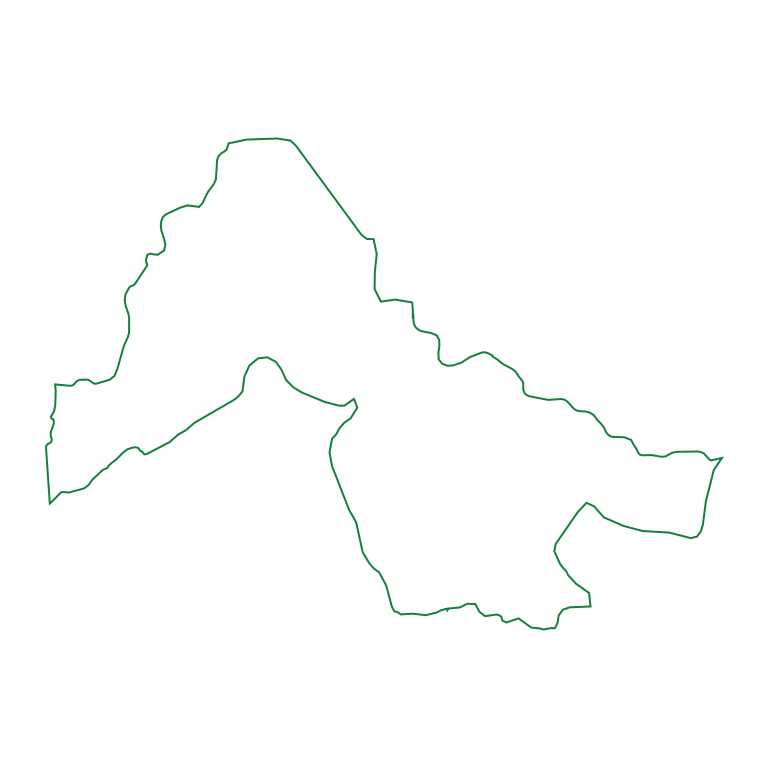 the State of Kwara
{"feature_id": "NGA-2849", "entity_name": "Kwara", "entity_type": "State", "adm_level": 1, "iso_a3": "NGA", "parent_name": "Nigeria", "parent_adm1": "", "projection": "natural_earth1", "projection_center": [4.317, 9.059], "detail": "fine", "context": "isolated", "style": "outline", "palette": "green", "viewbox_px": 768, "rotation_deg": 0, "n_neighbors": 0, "source": "natural_earth", "source_scale": "10m", "svg_char_len": 3542}
<svg xmlns="http://www.w3.org/2000/svg" viewBox="0 0 768 768"><path d="M199.1,206.9L202.5,203.2L207.6,192.5L213.9,183.9L215.9,179.4L217.1,160.2L218.3,156.6L221.3,153.2L224.1,151.7L226.6,149.6L228.3,144.7L228.5,143.4L229.5,143.2L246.4,139.6L277.3,138.5L290.6,140.6L296.0,145.8L361.0,234.2L363.9,236.8L367.0,239.0L373.6,239.1L376.7,254.2L374.8,272.3L374.6,289.1L380.9,301.6L395.2,299.6L412.0,302.4L412.4,303.9L412.9,312.4L412.7,316.8L412.9,316.7L413.1,316.6L413.3,316.3L413.4,320.5L414.1,324.2L415.7,327.4L418.6,329.8L421.7,331.2L431.4,333.1L436.8,335.4L439.2,340.0L439.4,346.0L438.4,352.6L438.7,359.4L442.3,363.8L447.7,365.8L453.6,365.3L461.4,362.6L470.1,357.0L482.6,352.3L485.2,352.3L487.8,353.1L492.6,355.6L492.8,356.8L496.2,358.7L502.7,363.8L512.9,369.4L515.7,371.8L519.0,376.8L522.3,380.8L523.2,383.2L523.3,385.5L523.2,387.9L523.4,390.5L524.8,393.5L527.2,395.4L530.0,396.4L548.4,399.9L561.4,399.0L564.2,399.6L566.6,401.0L568.6,402.9L572.2,407.0L574.4,409.2L576.8,410.5L579.4,411.1L585.4,411.5L588.1,412.1L590.7,413.1L593.3,414.8L594.4,415.9L597.0,419.7L601.1,423.8L602.8,426.0L604.3,428.3L606.2,432.3L606.9,433.4L609.4,435.7L612.4,436.9L623.6,437.2L625.1,437.5L629.4,439.4L631.0,439.7L633.5,444.5L636.3,448.8L638.4,452.9L639.6,454.4L641.9,455.3L652.2,455.1L660.7,456.7L663.6,456.7L665.9,456.2L672.0,452.8L676.8,451.8L698.0,451.5L701.0,452.1L703.9,453.4L709.7,459.8L711.2,460.4L721.9,458.0L713.7,470.2L705.9,501.4L702.9,524.5L701.0,531.1L697.0,536.6L690.6,538.1L669.3,532.6L642.5,531.0L623.4,525.9L603.9,517.4L594.1,506.4L586.5,502.8L577.9,511.9L555.8,543.8L554.3,551.2L560.1,564.0L563.0,567.9L566.3,571.3L568.3,575.4L576.1,583.8L589.1,593.0L590.5,606.5L569.8,607.3L562.8,609.7L558.7,615.4L557.6,622.6L555.2,627.9L553.5,628.5L551.9,627.9L543.7,629.5L539.0,628.3L531.3,627.6L518.5,618.4L506.4,622.5L502.4,620.6L501.4,616.8L499.1,615.2L496.3,614.5L485.2,616.2L479.4,611.8L475.3,604.0L467.2,603.8L459.6,607.5L448.7,608.5L447.4,610.2L447.1,608.7L441.7,610.0L436.7,612.5L425.8,615.2L413.2,613.7L400.7,614.4L397.5,612.1L394.3,611.3L391.9,606.7L386.2,585.5L379.2,572.4L374.1,568.7L369.7,563.9L362.7,552.2L356.1,522.1L349.2,510.1L332.1,466.2L329.5,452.5L332.0,438.9L336.3,434.1L339.4,428.4L344.3,422.7L350.6,418.4L357.3,407.6L353.9,398.9L344.5,405.6L339.1,405.7L324.9,402.0L302.0,392.6L293.4,387.4L286.1,380.0L281.7,370.1L276.1,362.0L267.3,357.3L258.0,358.4L249.3,365.7L244.4,376.6L242.5,391.3L238.8,396.0L234.3,399.7L194.5,422.8L186.1,430.1L178.3,434.5L169.6,442.1L146.8,454.0L144.3,454.4L142.3,451.8L140.0,450.5L138.4,448.0L135.2,447.2L132.2,447.7L127.7,449.2L123.6,452.1L115.6,460.1L111.8,462.8L108.8,465.6L107.3,467.9L102.8,469.9L92.3,479.8L88.7,484.8L84.1,488.4L68.7,492.6L65.0,492.1L61.2,492.2L51.2,502.3L49.8,503.5L46.1,448.7L46.1,446.1L47.2,444.4L50.5,442.6L51.5,441.5L51.8,439.5L50.8,436.0L50.6,434.0L51.3,430.6L53.7,424.1L53.8,420.7L53.1,419.1L52.1,418.8L51.3,418.3L50.9,416.4L51.4,416.0L53.6,412.2L54.2,410.8L55.3,404.6L55.7,390.4L55.1,384.4L70.0,385.8L72.6,385.4L74.5,383.8L76.1,381.8L78.2,380.3L80.3,379.9L86.2,379.6L88.3,379.9L90.4,381.1L92.3,382.6L94.2,383.7L96.5,383.6L109.7,379.7L114.5,375.9L117.4,368.8L123.9,345.8L127.9,337.0L129.1,332.4L129.1,317.8L128.5,314.0L126.0,306.9L124.7,300.7L125.5,294.4L129.2,287.5L130.6,286.3L133.7,285.1L135.2,283.6L147.0,265.8L147.2,264.7L146.2,261.8L145.9,260.3L147.4,254.7L150.5,253.6L154.3,254.5L157.7,254.7L164.0,250.6L165.4,244.7L163.8,237.9L161.5,231.0L160.8,226.5L161.2,221.5L162.9,217.0L166.1,214.3L180.0,207.7L187.5,205.4L199.1,206.9Z" fill="none" stroke="#15803d" stroke-width="2"/></svg>